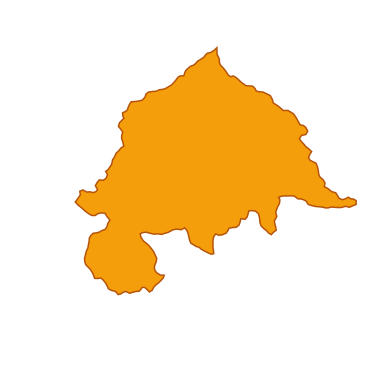 Luminárias, Minas Gerais, Brazil, rotated 143°
{"feature_id": "56859067B9784964595296", "entity_name": "Luminárias", "entity_type": "district", "adm_level": 2, "iso_a3": "BRA", "parent_name": "Brazil", "parent_adm1": "Minas Gerais", "projection": "robinson", "projection_center": [-44.912, -21.523], "detail": "fine", "context": "isolated", "style": "filled", "palette": "amber", "viewbox_px": 384, "rotation_deg": 143, "n_neighbors": 0, "source": "geoboundaries", "source_scale": "gbopen_adm2", "svg_char_len": 3851}
<svg xmlns="http://www.w3.org/2000/svg" viewBox="0 0 384 384"><g transform="rotate(143 192 192)"><path d="M63.0,170.9L62.3,174.8L62.9,177.9L65.2,180.6L64.7,184.3L64.0,189.7L63.9,193.3L65.0,196.2L66.3,199.4L70.1,202.2L70.9,206.4L72.0,210.4L73.5,214.1L72.1,217.8L71.5,221.8L73.0,225.0L75.3,229.3L77.8,231.4L79.9,233.9L79.4,237.0L79.9,240.1L82.0,241.9L84.8,244.3L86.1,248.1L86.8,250.7L87.3,254.1L88.1,257.5L89.3,259.9L91.8,260.8L92.7,263.8L92.3,268.1L92.4,272.3L92.9,276.1L92.3,278.7L90.1,281.9L89.1,286.9L85.3,292.3L89.2,291.8L93.0,292.2L96.3,293.6L98.9,293.3L101.4,292.5L105.3,292.7L108.9,293.1L112.1,292.4L114.8,292.4L117.8,293.4L120.9,293.1L123.9,292.8L126.3,291.4L128.7,289.7L131.3,291.7L134.1,292.1L136.7,291.3L140.5,290.4L144.3,289.8L147.1,290.2L149.4,290.4L151.8,290.8L154.3,292.0L156.6,293.4L159.4,293.8L162.9,295.9L166.6,298.0L169.8,297.9L172.2,296.2L176.1,295.2L180.2,296.9L183.1,298.6L186.3,300.7L189.4,299.5L192.0,298.1L193.9,296.6L196.6,296.3L199.7,297.1L201.4,294.6L202.1,291.8L204.7,291.5L208.3,290.9L211.3,288.7L211.1,285.1L211.3,281.5L214.2,279.4L216.0,277.1L217.0,273.9L219.0,269.6L222.3,269.9L225.8,269.0L229.1,268.7L231.3,267.4L233.4,266.4L236.1,265.5L237.9,263.8L240.2,262.1L243.2,261.2L245.8,260.3L248.5,260.5L248.9,256.9L252.3,254.7L255.8,254.8L258.9,257.5L262.5,256.5L265.4,255.2L265.9,250.8L268.8,250.1L271.4,251.1L273.3,253.5L276.2,255.4L277.9,259.3L281.2,260.1L282.9,256.9L285.4,256.1L288.4,255.1L291.2,254.3L290.9,250.2L289.8,246.2L288.9,241.4L287.8,237.4L286.3,233.7L283.5,231.5L280.0,231.3L277.1,229.9L274.2,227.4L274.6,224.2L274.6,221.5L274.5,218.9L278.1,217.6L280.8,215.5L283.8,214.4L286.7,215.3L289.8,215.7L293.0,216.9L295.7,218.5L299.0,218.1L301.6,217.1L303.6,214.8L306.5,212.2L308.8,210.0L311.8,208.5L314.7,206.1L317.8,203.7L319.6,200.8L320.6,197.8L320.1,194.1L319.8,191.1L320.1,187.8L320.7,184.9L321.7,181.6L319.0,179.4L316.6,178.2L315.9,175.1L315.8,171.1L316.3,167.9L317.0,165.1L315.8,162.2L313.9,159.9L312.7,157.7L312.8,154.6L310.1,153.4L307.8,153.4L304.6,152.4L302.9,148.8L299.3,147.4L296.4,146.2L294.1,144.6L291.8,144.9L289.2,145.8L287.2,144.3L286.5,140.8L286.2,137.8L282.9,137.5L279.7,139.0L276.9,139.5L274.0,139.5L270.0,140.0L266.6,140.7L264.3,142.2L267.3,144.7L268.8,148.8L268.8,151.6L267.7,154.1L265.7,156.0L262.9,157.6L260.1,160.2L259.3,164.0L258.5,167.9L258.5,171.9L258.6,174.8L259.2,178.1L260.3,182.3L259.8,187.1L258.4,189.9L255.8,189.2L252.9,187.6L250.6,184.7L247.8,181.2L244.6,179.3L241.9,176.5L238.2,175.2L235.6,174.2L233.3,173.8L229.8,173.2L226.5,171.6L223.4,168.4L219.4,167.7L219.2,164.4L220.2,161.1L221.4,158.3L222.7,155.6L223.7,151.8L222.4,148.4L221.3,145.7L219.7,143.8L219.0,140.5L217.4,137.1L215.8,133.8L214.2,130.9L211.8,129.6L210.2,132.2L209.0,134.5L206.4,138.1L204.1,141.1L201.4,143.3L198.3,144.2L196.7,141.4L193.3,139.5L189.5,138.6L186.7,139.5L184.3,140.8L181.4,139.4L177.9,137.2L174.5,137.2L171.9,138.9L169.1,141.3L165.9,138.2L162.9,138.9L160.7,140.5L158.2,142.6L155.7,141.4L152.8,138.5L152.0,134.5L153.8,130.4L156.1,126.8L157.2,123.2L156.7,119.8L155.8,116.4L155.5,113.0L154.3,110.2L151.3,110.8L147.7,110.8L146.2,113.7L145.2,116.3L143.7,119.2L141.4,120.3L138.9,121.5L137.5,125.2L135.0,127.1L132.5,128.6L129.2,130.1L126.5,132.8L126.0,135.6L122.6,134.6L119.8,132.7L117.7,131.1L115.1,129.3L112.6,126.9L111.6,122.9L108.5,120.2L106.3,116.3L106.7,112.1L104.4,108.9L102.1,106.1L99.7,104.0L96.7,101.2L94.8,98.8L92.8,97.4L89.4,95.9L86.2,92.9L82.2,89.8L77.9,88.1L75.5,85.1L71.8,84.2L68.4,83.3L66.1,86.3L67.2,89.1L69.3,91.1L70.4,93.9L72.8,94.0L76.5,95.3L78.3,98.5L77.9,101.9L77.7,105.0L80.2,108.2L81.4,113.1L83.1,116.6L80.3,119.2L79.9,123.3L80.8,126.7L80.3,129.6L78.6,132.4L76.8,136.2L75.6,140.4L77.2,143.4L78.6,146.2L78.2,149.4L75.3,151.1L72.1,152.3L72.9,156.6L73.8,159.9L73.9,163.1L74.3,166.3L74.2,169.9L70.4,171.3L66.6,169.4L63.0,170.9Z" fill="#f59e0b" stroke="#b45309" stroke-width="1.5"/></g></svg>